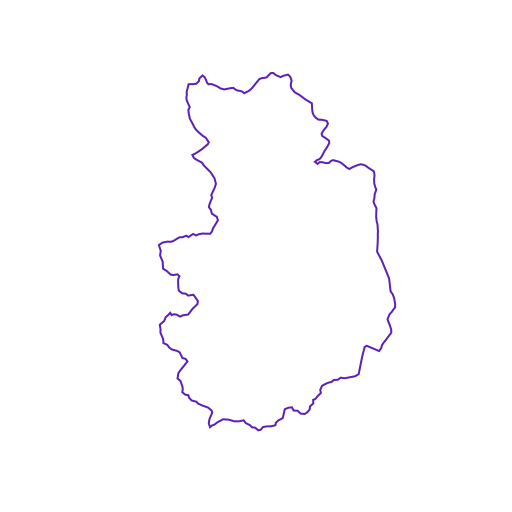 outline of Acauã, Piauí, Brazil, rotated 126°
{"feature_id": "56859067B70456575325692", "entity_name": "Acauã", "entity_type": "district", "adm_level": 2, "iso_a3": "BRA", "parent_name": "Brazil", "parent_adm1": "Piauí", "projection": "albers", "projection_center": [-41.014, -8.33], "detail": "fine", "context": "isolated", "style": "outline", "palette": "violet", "viewbox_px": 512, "rotation_deg": 126, "n_neighbors": 0, "source": "geoboundaries", "source_scale": "gbopen_adm2", "svg_char_len": 3932}
<svg xmlns="http://www.w3.org/2000/svg" viewBox="0 0 512 512"><g transform="rotate(126 256 256)"><path d="M291.2,103.5L274.9,111.0L265.7,114.6L263.6,113.7L260.5,100.5L256.8,100.6L253.9,101.7L251.1,101.8L247.8,101.6L244.1,101.6L238.5,101.5L235.9,103.5L234.0,106.2L232.5,108.3L231.4,110.3L229.9,112.4L224.8,113.7L221.3,113.3L218.4,113.4L215.8,113.2L212.9,115.4L211.2,117.1L208.8,119.6L206.7,122.7L205.5,126.3L197.8,133.4L196.0,135.0L185.6,151.8L183.2,156.8L181.3,160.6L174.9,164.6L170.0,167.9L166.3,170.6L164.4,171.8L159.0,176.3L156.9,178.9L153.8,181.7L148.9,185.1L146.5,186.6L144.6,190.5L142.8,193.0L139.8,194.1L136.4,196.2L131.6,197.7L130.0,200.2L127.8,203.0L124.2,205.8L121.4,207.3L119.9,208.6L118.3,210.4L118.3,212.6L118.5,215.2L118.6,217.8L118.5,220.3L119.0,222.4L120.0,224.9L121.5,226.3L124.2,228.2L128.2,230.5L130.8,231.6L131.1,234.6L130.8,237.2L130.6,241.7L130.9,244.1L131.9,246.8L133.2,250.1L135.1,251.2L138.0,251.8L139.8,254.1L141.0,257.2L142.6,259.7L145.3,260.3L145.2,263.7L142.4,263.0L140.4,261.6L137.9,261.3L134.1,261.7L130.8,262.3L126.9,262.4L123.6,262.8L121.4,263.2L119.8,264.7L119.7,269.2L120.0,273.0L118.6,274.8L115.8,275.1L113.3,275.2L110.3,274.9L106.6,275.6L105.2,278.1L105.9,280.2L107.3,283.2L109.0,285.6L109.0,289.1L108.2,292.1L106.7,294.5L104.4,296.7L99.6,300.6L99.9,303.6L100.3,308.1L100.2,312.1L100.2,316.1L100.8,320.8L99.5,325.9L97.8,328.0L95.4,329.4L93.4,330.1L91.5,332.5L90.6,334.7L90.5,336.8L94.2,339.9L96.8,341.2L97.9,345.6L97.8,349.7L99.4,351.6L103.0,352.1L105.1,352.4L106.8,353.7L108.3,355.6L110.9,357.3L114.6,357.5L118.0,357.7L122.5,357.9L124.8,358.3L127.0,359.0L131.3,361.3L131.1,364.0L132.1,366.5L133.1,368.4L133.4,370.5L133.3,373.1L135.0,375.1L140.0,379.7L141.3,383.3L141.5,386.6L141.9,388.6L142.5,391.0L143.3,393.5L145.0,395.4L144.6,397.5L143.1,399.7L141.5,402.8L141.4,405.4L145.6,406.2L148.1,405.0L151.7,405.6L153.7,407.6L156.6,411.5L164.1,408.5L166.4,406.6L168.6,405.6L170.8,403.6L174.5,397.1L177.7,396.5L180.6,393.8L183.8,390.2L187.0,383.5L188.1,381.7L189.1,378.5L189.7,374.4L190.1,369.7L189.8,366.3L191.8,361.0L194.0,360.7L202.0,362.7L208.3,365.1L211.6,366.9L213.2,363.8L213.1,360.7L212.2,354.6L213.4,351.4L214.9,342.1L217.5,335.3L221.2,330.8L224.9,329.6L233.0,328.0L234.8,325.6L237.5,325.1L241.6,324.0L244.2,322.8L245.1,319.7L247.7,316.6L247.5,313.0L247.3,310.7L249.5,307.8L259.1,307.0L262.3,306.0L265.0,306.2L269.3,312.5L271.9,315.0L274.6,316.6L275.1,319.8L277.7,320.8L280.4,321.8L280.5,324.3L283.9,326.4L286.0,329.0L292.9,331.9L295.0,333.8L296.3,336.0L300.1,339.5L304.2,341.0L307.8,336.1L312.0,333.9L315.5,328.1L320.9,323.7L320.6,319.8L321.2,314.1L319.9,311.6L317.0,308.8L317.3,306.1L320.6,305.3L322.7,303.8L326.5,300.9L329.4,298.1L329.6,293.8L327.8,290.8L327.9,287.6L324.1,283.8L326.6,276.5L329.4,275.1L335.9,276.3L343.3,276.5L346.8,280.2L349.6,281.7L350.1,285.8L351.4,288.2L353.4,289.5L352.4,292.0L355.8,292.4L358.5,293.1L362.5,292.1L368.2,293.4L371.6,290.0L374.3,288.2L376.6,284.2L378.0,282.0L380.9,279.7L380.0,275.6L381.1,272.3L381.1,269.2L379.2,264.2L378.8,261.1L381.8,255.6L380.6,252.3L381.6,249.5L393.3,250.0L396.4,249.9L401.2,247.5L401.5,243.7L405.0,238.6L407.0,236.8L409.5,235.6L409.8,231.8L408.4,228.9L410.0,226.9L410.7,223.1L408.9,218.5L409.5,216.2L408.5,211.5L406.8,205.8L407.1,201.1L408.5,199.3L414.9,197.9L417.5,196.7L419.3,195.7L421.5,192.5L419.0,192.0L416.8,190.5L413.0,189.4L407.5,186.7L404.5,182.0L402.4,176.2L400.0,172.9L396.2,169.4L397.2,166.2L396.4,161.4L396.9,158.4L395.4,155.8L395.7,151.7L393.8,150.0L390.5,149.9L387.8,147.5L384.9,143.7L381.5,140.8L379.4,141.9L376.2,141.4L371.4,139.1L365.1,141.8L363.0,142.6L359.7,140.6L357.3,138.0L358.9,134.7L356.7,131.4L357.3,127.3L355.2,123.8L352.5,122.7L348.8,122.3L346.0,123.9L341.6,123.0L338.7,125.2L336.9,124.0L332.8,123.7L328.7,123.0L326.5,125.4L324.3,125.8L322.1,126.3L316.5,123.4L313.3,120.8L310.6,120.2L308.1,117.1L304.7,116.0L302.8,112.4L295.0,105.1L291.2,103.5Z" fill="none" stroke="#5b21b6" stroke-width="2"/></g></svg>